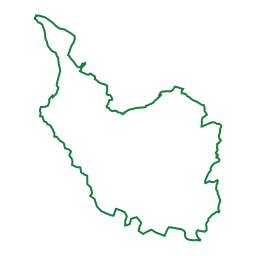 Pegeia, Paphos, Cyprus
{"feature_id": "46923920B55178384672299", "entity_name": "Pegeia", "entity_type": "district", "adm_level": 2, "iso_a3": "CYP", "parent_name": "Cyprus", "parent_adm1": "Paphos", "projection": "robinson", "projection_center": [32.366, 34.894], "detail": "fine", "context": "isolated", "style": "outline", "palette": "green", "viewbox_px": 256, "rotation_deg": 0, "n_neighbors": 0, "source": "geoboundaries", "source_scale": "gbopen_adm2", "svg_char_len": 4269}
<svg xmlns="http://www.w3.org/2000/svg" viewBox="0 0 256 256"><path d="M35.9,16.0L34.7,18.7L36.4,19.8L38.2,22.3L40.6,23.3L42.1,24.5L43.3,27.1L44.0,29.6L44.6,31.4L45.1,34.7L45.3,38.2L46.7,41.4L47.9,45.9L50.0,48.6L52.2,51.2L55.8,52.8L56.9,56.2L58.1,57.7L58.5,61.4L58.7,63.5L60.2,70.3L59.6,73.3L58.2,78.1L57.2,82.4L56.6,85.4L58.5,87.9L57.6,89.9L56.5,93.4L55.0,95.1L52.8,97.2L52.4,95.7L50.5,97.7L49.0,99.8L49.5,102.0L48.4,104.2L47.8,105.9L44.9,106.8L43.2,107.0L41.0,106.8L40.2,108.7L39.9,111.0L40.7,112.7L40.1,116.3L42.4,116.5L43.2,119.1L44.2,121.4L46.3,122.1L47.4,124.3L49.8,124.9L51.1,126.7L52.6,129.0L53.4,131.3L54.3,132.8L54.4,136.8L56.7,136.7L58.5,138.9L60.0,140.7L62.1,142.0L63.8,143.2L65.1,148.4L68.2,149.1L70.2,150.6L71.0,151.6L69.7,154.5L69.4,155.7L71.7,158.6L72.5,161.3L72.1,165.0L76.8,167.2L80.3,167.3L81.1,172.4L84.9,174.8L87.2,175.7L87.3,180.2L87.3,184.1L90.9,187.6L92.1,193.2L90.1,195.9L94.4,198.7L97.0,206.6L101.1,211.0L106.7,213.6L111.0,215.3L113.6,215.7L114.9,211.9L116.0,208.8L120.8,210.4L124.8,212.3L126.8,216.4L125.3,220.9L125.2,225.5L129.6,224.3L131.1,218.8L136.6,217.2L139.0,219.9L141.2,223.0L139.4,227.2L138.6,230.8L143.1,234.0L146.4,232.0L151.4,229.7L155.6,232.4L161.1,234.5L164.6,235.9L165.1,234.8L167.2,229.7L168.9,227.2L173.0,227.7L175.9,228.2L178.0,228.8L180.5,229.0L182.6,229.9L184.2,230.8L185.1,232.7L185.0,234.8L185.3,236.9L186.3,238.5L188.0,239.4L189.4,239.8L191.4,240.1L193.5,240.3L195.8,240.0L197.7,240.1L199.8,240.6L200.3,239.7L198.3,238.0L197.1,236.0L196.4,234.2L196.7,231.4L197.8,230.2L199.0,230.7L201.4,231.2L203.5,231.5L204.9,231.7L206.6,230.2L206.5,226.8L206.1,225.2L206.3,223.4L208.3,220.5L208.3,218.7L210.2,216.9L212.1,214.8L214.9,213.1L216.5,211.8L218.2,212.2L218.7,212.3L219.4,211.4L218.3,209.6L218.3,209.4L218.5,206.8L218.8,204.5L220.1,201.8L219.9,199.3L219.2,197.8L218.8,195.9L217.7,194.1L217.6,191.5L216.1,189.4L216.3,187.1L216.6,184.5L217.5,183.0L217.7,180.4L217.2,180.2L214.7,181.7L212.9,182.2L210.6,181.9L209.7,181.1L207.2,182.4L205.3,183.1L205.1,181.0L206.4,177.9L207.5,175.2L208.9,172.6L210.8,170.6L210.6,168.1L212.1,165.6L214.5,163.2L217.0,162.2L218.7,161.6L219.5,159.7L218.5,158.4L217.4,157.4L216.5,157.6L216.5,156.3L217.7,155.7L217.8,155.0L217.1,153.9L216.0,153.6L216.0,152.5L216.9,151.2L217.6,150.1L217.6,149.1L217.0,148.2L217.0,147.2L217.2,146.1L217.4,145.4L216.9,144.2L218.9,142.9L219.9,141.5L220.9,140.4L219.3,138.3L219.0,137.0L219.1,135.0L219.9,132.8L220.1,131.2L220.1,129.1L221.3,126.4L221.0,125.3L220.8,125.2L219.3,123.8L217.0,124.0L215.1,122.6L212.5,122.2L209.3,123.3L207.3,124.3L205.0,125.1L202.8,126.4L201.5,126.5L201.8,124.3L201.8,122.1L201.8,120.2L202.6,117.8L204.6,116.4L206.8,114.8L206.3,113.3L204.6,111.1L204.6,108.3L203.9,105.2L201.5,104.7L196.6,101.6L193.8,100.6L191.1,98.8L189.1,97.0L187.2,96.2L186.3,94.7L185.0,93.7L183.3,93.5L181.7,93.3L181.6,91.1L183.1,89.0L180.7,88.4L178.1,87.4L174.9,86.7L173.0,89.8L171.1,91.2L169.7,91.4L166.7,91.2L164.2,91.5L161.6,91.8L160.2,93.2L159.5,94.8L160.4,94.5L161.0,94.9L159.8,96.2L158.5,97.7L156.9,99.0L154.7,100.7L153.8,102.1L152.0,103.5L150.0,104.2L147.6,105.4L145.9,105.8L145.6,107.1L143.7,107.5L142.3,107.4L140.4,107.6L138.6,107.8L137.2,107.9L135.6,108.2L134.0,108.5L132.5,109.2L130.9,109.2L129.7,109.5L128.2,110.3L126.9,111.1L125.7,111.7L124.8,112.2L124.4,113.2L123.2,113.8L122.5,114.1L122.4,113.3L121.1,113.2L119.7,112.5L118.6,112.4L117.6,112.3L116.9,111.1L115.3,110.8L113.8,110.7L112.6,111.2L111.5,110.9L109.5,109.4L109.2,108.9L108.9,107.8L107.3,107.7L106.4,106.4L107.5,105.0L108.3,103.6L108.6,102.0L109.3,100.1L112.1,99.8L111.7,97.2L110.4,95.6L109.9,95.0L107.3,94.9L106.6,93.6L107.2,90.0L107.0,85.6L105.2,84.6L104.2,84.3L102.6,83.8L100.7,83.3L99.1,82.3L98.3,81.9L97.6,81.1L96.8,80.3L95.9,79.8L94.8,79.0L95.2,77.7L95.0,76.6L93.6,75.6L92.0,74.9L91.1,73.7L89.7,73.7L88.8,74.7L87.4,74.6L86.4,74.4L85.5,73.9L84.1,73.0L82.7,72.7L80.8,71.6L79.9,71.0L80.8,70.2L81.2,68.5L81.9,67.4L83.5,65.6L84.3,65.0L85.3,63.8L85.2,63.1L83.7,63.6L82.4,63.6L81.8,65.1L80.9,66.4L80.6,66.9L79.9,67.3L78.9,67.4L77.2,66.5L75.8,64.9L74.0,62.1L71.0,58.9L69.3,56.1L68.0,55.2L69.6,51.2L71.2,46.3L73.7,42.3L74.8,38.8L74.5,35.9L69.9,32.7L64.1,29.3L59.6,28.6L56.4,26.3L53.0,23.0L49.7,20.5L45.1,17.4L41.4,16.3L38.1,15.4L36.0,16.3L35.9,16.0Z" fill="none" stroke="#15803d" stroke-width="2"/></svg>